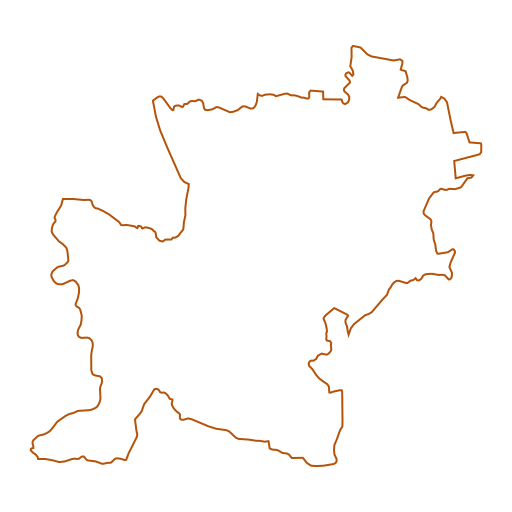 the district of Buon Ma Thuot, Đắk Lắk, Vietnam
{"feature_id": "81297802B34862108658790", "entity_name": "Buon Ma Thuot", "entity_type": "district", "adm_level": 2, "iso_a3": "VNM", "parent_name": "Vietnam", "parent_adm1": "Đắk Lắk", "projection": "natural_earth1", "projection_center": [108.009, 12.661], "detail": "fine", "context": "isolated", "style": "outline", "palette": "amber", "viewbox_px": 512, "rotation_deg": 0, "n_neighbors": 0, "source": "geoboundaries", "source_scale": "gbopen_adm2", "svg_char_len": 5935}
<svg xmlns="http://www.w3.org/2000/svg" viewBox="0 0 512 512"><path d="M62.9,199.0L61.2,205.4L56.6,212.8L54.8,216.5L54.6,218.2L55.5,219.6L55.5,221.1L55.3,221.7L53.7,223.4L52.9,224.8L51.9,228.0L51.7,231.3L52.1,232.8L53.4,234.9L59.2,241.6L62.5,243.8L66.3,247.7L67.3,250.6L68.4,260.3L67.8,261.9L64.8,264.9L63.3,265.7L58.6,266.7L57.2,267.4L53.2,270.8L52.3,272.0L51.3,274.5L51.5,276.8L53.5,280.6L54.7,282.0L56.0,283.2L57.8,284.1L61.4,284.4L63.5,283.8L69.9,280.8L73.1,280.1L75.6,281.5L78.2,285.0L78.9,287.2L79.1,289.2L78.9,293.1L77.9,298.0L75.8,303.6L75.6,304.7L75.9,305.5L76.9,306.7L79.0,307.8L80.2,309.6L81.6,314.9L81.7,316.8L81.5,320.3L80.8,324.4L78.3,329.4L77.8,331.0L77.6,333.5L77.8,335.2L79.2,337.0L81.4,337.9L87.1,337.6L89.2,338.1L91.4,340.1L92.5,342.3L92.8,344.6L92.6,347.4L91.9,349.9L91.2,355.6L91.3,370.1L92.3,373.6L92.9,374.4L95.3,375.5L99.9,376.3L101.8,378.2L102.1,381.4L101.8,383.0L100.4,386.6L100.0,389.0L100.5,398.7L99.5,402.5L98.7,404.2L97.0,406.8L95.0,408.2L91.8,409.6L88.9,410.2L78.0,410.9L73.3,413.0L69.1,414.1L65.7,415.8L57.2,421.8L52.3,428.3L49.6,431.3L46.8,433.1L42.7,434.8L39.8,435.3L37.9,436.0L33.5,440.1L32.7,441.4L32.5,443.1L33.2,445.7L33.4,447.9L31.4,448.5L30.9,449.0L30.7,450.3L32.8,452.5L35.7,454.6L37.7,457.0L38.1,459.0L45.3,459.0L52.2,460.2L59.3,462.1L65.0,461.4L72.1,459.0L74.3,458.6L76.8,459.0L79.1,458.7L81.0,457.1L82.6,456.4L83.9,456.6L86.3,459.5L87.6,460.4L95.7,461.4L101.8,463.7L103.3,463.8L107.0,462.9L110.9,462.7L115.1,458.7L117.4,458.3L120.9,458.8L124.9,460.1L126.2,459.8L128.6,453.4L136.8,437.0L137.3,434.8L136.3,429.8L135.0,419.3L139.6,414.1L141.7,411.2L144.1,404.3L150.1,396.4L154.3,389.3L156.4,388.8L157.8,389.2L159.1,390.4L159.9,391.9L161.2,392.7L164.1,392.5L166.0,393.6L167.8,395.5L169.8,398.9L172.4,399.5L172.5,400.4L171.7,403.5L172.1,405.4L173.8,408.4L176.8,411.7L179.0,413.1L179.9,414.4L179.9,417.9L180.2,418.9L181.1,419.5L181.8,419.8L183.8,419.7L188.3,418.4L192.1,419.4L208.1,426.2L216.0,428.7L226.5,430.2L229.3,431.5L236.0,437.8L238.6,438.9L248.8,439.6L256.4,440.8L259.9,440.8L264.4,441.7L268.5,441.2L269.7,448.4L272.0,449.5L276.3,449.9L278.3,450.5L282.5,453.0L287.0,453.5L288.9,454.5L291.8,458.0L302.8,457.8L306.9,462.9L310.9,465.6L315.9,466.1L323.5,465.7L333.3,464.1L335.1,463.3L336.2,462.2L336.7,460.5L336.5,458.9L334.5,454.5L334.0,450.1L334.4,445.1L337.1,438.6L339.3,432.2L340.7,429.1L342.4,426.5L342.5,420.9L342.2,392.6L341.7,390.3L340.0,390.2L333.0,391.7L330.4,392.7L329.3,392.5L328.9,386.6L327.2,384.1L324.1,382.1L319.4,378.6L316.2,375.0L312.4,369.2L309.0,365.7L308.7,363.2L309.6,361.5L311.3,360.6L313.4,360.7L316.1,359.0L317.9,355.7L321.7,353.6L326.7,354.7L328.5,353.7L330.6,351.4L331.3,349.6L330.9,345.2L331.2,343.0L330.0,341.1L326.7,340.5L326.2,338.8L326.5,336.9L326.3,333.0L327.0,331.7L326.6,328.1L325.6,323.7L323.5,318.4L325.2,315.7L334.2,308.1L346.6,314.3L347.8,315.2L348.1,315.7L345.6,319.8L345.4,321.2L345.8,323.7L347.0,326.4L347.7,331.1L348.6,334.7L350.8,328.4L354.0,324.1L364.9,315.4L369.0,313.8L371.7,312.2L382.6,299.4L387.0,294.8L388.9,289.6L390.9,287.0L392.2,284.5L394.3,282.3L396.5,280.9L399.2,280.9L406.0,283.0L407.5,283.0L410.7,280.5L411.9,280.5L413.7,279.8L415.6,278.2L417.2,280.3L419.3,280.3L421.3,278.7L423.4,275.4L425.8,274.2L428.8,273.9L432.8,273.9L438.1,274.9L443.0,274.8L445.0,275.4L448.6,279.4L449.9,279.4L451.4,277.8L451.9,275.8L452.0,272.9L449.4,267.0L450.7,262.3L455.0,252.6L454.7,250.7L453.6,249.4L452.5,249.2L448.0,252.2L438.3,253.8L437.3,253.5L436.1,250.7L435.3,244.6L433.7,239.5L433.3,233.3L431.6,229.1L431.0,224.9L431.4,221.5L431.1,220.2L430.1,218.9L425.2,215.4L423.7,213.7L423.5,211.4L429.2,198.2L433.7,192.4L435.0,191.9L436.8,191.7L438.4,191.0L439.8,189.4L441.2,188.7L444.3,189.7L446.2,189.9L447.3,189.7L448.6,189.0L450.0,188.8L455.0,189.2L461.0,187.3L467.5,178.2L471.4,177.6L473.2,175.4L470.3,174.9L465.3,175.7L455.7,178.3L454.2,161.0L479.6,154.3L481.2,152.1L481.3,144.9L480.8,143.3L469.5,142.4L466.6,133.4L465.4,131.9L453.6,133.0L450.8,121.1L447.0,102.3L444.4,98.6L441.2,96.9L440.5,98.4L436.5,103.1L434.4,107.1L431.4,109.3L428.7,109.9L425.8,108.1L423.1,107.7L421.4,106.9L418.6,104.2L409.8,100.1L405.7,97.3L404.5,97.0L398.1,97.7L401.8,87.1L402.8,85.5L407.0,82.7L407.7,80.4L407.3,77.0L405.5,71.1L401.7,70.1L400.7,69.5L402.4,63.4L402.4,60.9L400.0,59.3L393.7,60.5L371.4,56.4L367.3,54.3L360.5,47.5L353.0,45.9L351.5,47.7L351.6,57.1L350.3,66.2L352.8,70.7L353.4,74.5L352.2,75.8L349.2,72.5L348.4,72.3L346.1,73.4L345.4,74.6L345.5,76.1L349.5,80.5L350.0,82.5L344.2,88.3L343.9,90.0L344.5,91.5L348.0,94.5L349.3,96.9L349.1,100.0L347.8,102.5L345.1,104.1L343.4,103.4L342.4,102.2L341.6,99.5L323.3,99.3L323.1,91.6L310.7,90.6L309.1,92.5L309.3,96.9L308.6,98.4L306.7,98.6L303.8,97.6L301.9,97.7L297.3,96.0L294.4,95.3L290.9,95.3L287.6,93.7L285.0,93.7L275.9,96.2L274.0,94.9L270.3,94.3L265.5,94.6L261.8,95.9L259.4,95.2L257.8,94.0L256.8,102.0L255.8,104.9L254.7,106.8L253.1,108.4L250.7,108.6L245.1,106.4L242.5,106.4L237.6,110.2L233.1,111.8L229.9,112.2L218.6,107.3L216.3,107.1L212.5,109.3L207.6,110.2L205.2,109.9L204.0,108.1L203.1,103.0L201.9,100.9L199.9,99.9L198.3,99.7L195.4,101.2L191.8,101.0L190.0,101.4L187.3,103.9L184.3,104.1L183.1,106.6L182.1,107.1L179.5,105.7L178.3,105.4L175.4,105.8L174.0,106.7L173.4,110.0L172.8,110.2L171.6,109.5L170.0,107.6L163.6,98.8L161.4,96.6L159.4,96.4L157.4,97.3L152.9,100.7L156.0,116.9L160.2,130.5L167.5,148.1L180.8,178.2L184.3,182.0L188.8,184.1L188.5,188.0L186.4,198.4L185.3,208.1L185.4,215.2L183.9,222.4L183.3,229.3L178.2,235.9L175.1,237.7L172.9,237.7L171.3,239.5L165.2,239.6L162.8,241.5L159.4,240.7L156.3,237.3L155.7,233.3L155.0,231.8L153.6,230.9L152.4,229.5L150.8,228.6L147.4,227.6L145.3,227.3L142.5,228.5L141.9,228.1L141.2,226.6L138.9,225.8L138.0,226.1L137.5,228.1L136.5,227.8L134.7,226.4L130.6,225.6L126.2,224.9L123.0,225.3L121.1,225.0L119.3,222.2L109.2,214.5L103.1,211.0L97.9,208.6L95.5,208.2L94.1,207.1L92.9,205.4L91.5,201.2L90.7,200.3L89.0,199.8L83.5,200.0L73.3,199.0L62.9,199.0Z" fill="none" stroke="#b45309" stroke-width="2"/></svg>